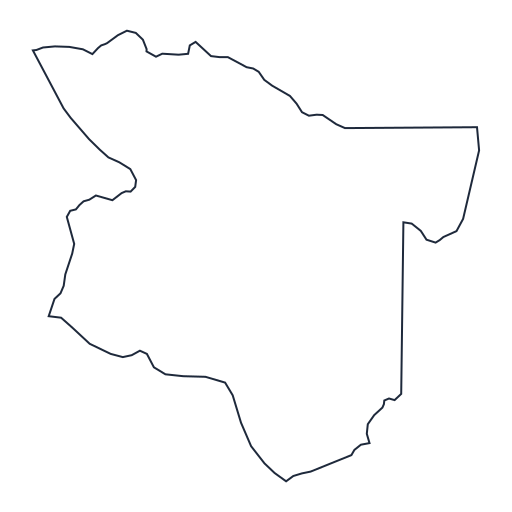 the border of Simiyu
{"feature_id": "TZA-5585", "entity_name": "Simiyu", "entity_type": "Region", "adm_level": 1, "iso_a3": "TZA", "parent_name": "United Republic of Tanzania", "parent_adm1": "", "projection": "albers", "projection_center": [34.096, -3.023], "detail": "fine", "context": "isolated", "style": "outline", "palette": "slate", "viewbox_px": 512, "rotation_deg": 0, "n_neighbors": 0, "source": "natural_earth", "source_scale": "10m", "svg_char_len": 1421}
<svg xmlns="http://www.w3.org/2000/svg" viewBox="0 0 512 512"><path d="M126.9,30.7L135.8,32.9L142.9,39.7L146.6,49.1L146.5,51.4L156.0,56.7L162.3,53.7L178.6,54.7L188.1,53.8L189.8,45.4L195.6,41.9L211.0,56.1L219.4,57.1L227.8,57.1L246.6,67.2L253.2,68.5L258.7,71.8L264.3,79.9L272.2,85.7L290.0,96.0L296.6,103.7L302.0,112.2L308.9,115.7L316.6,114.7L322.7,115.0L336.2,124.2L345.0,128.1L477.0,127.2L479.1,150.4L463.1,218.9L456.5,231.1L443.4,237.0L439.7,240.1L435.6,242.6L426.5,239.7L420.8,230.9L411.7,223.6L403.4,222.3L401.2,393.9L394.6,400.1L389.0,398.5L384.3,400.5L383.9,404.2L382.4,407.6L374.2,415.1L367.8,424.2L366.8,433.8L369.5,443.1L360.9,444.7L354.4,449.9L351.4,455.1L310.6,471.6L301.9,473.4L293.3,476.0L286.1,481.3L274.6,473.0L264.5,463.4L251.1,446.2L241.0,422.7L232.7,395.3L225.1,382.6L205.4,376.8L183.2,376.2L165.4,374.3L153.9,367.3L146.9,353.9L139.9,350.7L131.7,355.2L122.8,357.1L110.7,353.9L89.7,343.8L72.6,327.9L61.1,317.7L48.7,316.2L54.5,298.9L60.5,293.3L63.7,285.8L65.3,274.4L72.2,253.6L74.2,243.9L66.8,216.9L70.2,210.8L75.9,209.4L79.5,205.0L83.6,201.3L89.3,199.7L95.9,195.5L112.4,200.2L121.6,193.1L125.8,191.3L130.6,191.6L135.2,186.9L136.1,180.1L130.3,169.1L119.3,162.3L108.4,157.4L99.7,149.6L89.1,139.2L70.7,117.9L63.6,108.4L32.9,50.4L36.4,50.0L43.0,47.5L54.9,46.4L69.3,46.9L82.9,49.3L92.4,54.1L98.0,48.1L101.2,45.4L104.8,44.2L107.0,43.2L117.9,35.2L126.9,30.7Z" fill="none" stroke="#1e293b" stroke-width="2"/></svg>